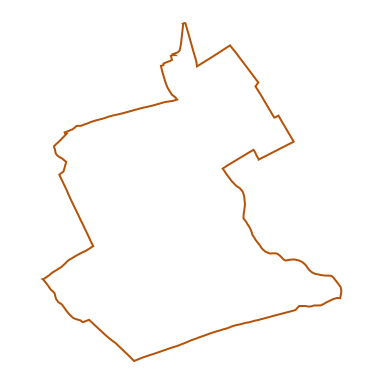 the district of Persinari, Dâmbovita, Romania
{"feature_id": "2599482B61743752666633", "entity_name": "Persinari", "entity_type": "district", "adm_level": 2, "iso_a3": "ROU", "parent_name": "Romania", "parent_adm1": "Dâmbovita", "projection": "equal_earth", "projection_center": [25.49, 44.799], "detail": "fine", "context": "isolated", "style": "outline", "palette": "amber", "viewbox_px": 384, "rotation_deg": 0, "n_neighbors": 0, "source": "geoboundaries", "source_scale": "gbopen_adm2", "svg_char_len": 4895}
<svg xmlns="http://www.w3.org/2000/svg" viewBox="0 0 384 384"><path d="M340.2,298.2L341.2,292.6L341.3,290.1L340.5,286.9L338.1,283.6L336.1,281.0L334.8,279.4L333.2,277.3L331.4,275.9L329.0,275.6L327.0,275.6L325.2,275.6L320.5,275.0L318.0,274.3L315.8,274.1L313.6,273.2L312.2,272.5L309.2,270.0L307.8,268.0L305.4,264.7L302.2,262.0L298.7,260.4L294.2,259.4L289.6,259.8L287.6,260.1L285.9,260.6L284.6,260.1L283.4,259.3L281.4,257.1L279.7,255.5L278.0,254.2L276.3,253.4L273.3,253.3L269.8,253.5L265.5,251.7L263.6,250.1L262.0,248.6L260.9,247.0L260.0,245.5L259.0,244.3L257.6,242.5L255.6,239.9L254.2,237.5L252.4,234.8L251.8,232.8L251.1,230.5L250.2,228.6L248.7,225.9L247.5,224.3L246.7,222.6L245.7,221.2L243.5,218.5L243.6,214.5L244.3,210.0L245.0,204.2L244.7,201.8L244.4,198.3L243.7,194.6L242.6,191.5L239.7,188.1L236.9,186.3L235.3,184.9L233.7,183.2L231.5,180.9L226.1,173.6L224.7,171.4L222.7,168.6L227.2,165.6L244.9,154.9L253.5,149.8L255.1,152.3L255.9,154.0L256.2,155.0L257.8,157.6L258.5,158.9L258.6,159.1L258.8,159.3L258.8,159.5L261.5,158.1L265.9,155.9L270.2,153.7L272.1,152.7L276.1,150.7L282.5,147.4L285.1,146.1L287.2,145.0L287.8,144.7L293.4,141.9L293.7,141.7L283.5,124.3L278.4,115.6L275.4,117.3L274.3,117.6L273.0,115.6L261.4,95.9L255.5,86.4L258.3,82.5L245.9,66.0L241.8,60.6L235.9,52.7L230.0,45.4L218.3,53.0L213.3,56.2L197.0,66.4L196.4,62.1L196.1,60.7L193.5,51.8L192.4,47.9L190.7,41.9L188.9,35.3L187.8,31.7L186.8,28.2L185.8,24.5L185.4,23.3L184.8,23.0L184.0,23.2L182.9,23.7L183.2,24.0L182.6,29.3L181.4,40.2L180.9,44.4L180.1,48.3L179.6,50.6L177.8,52.3L173.1,54.1L174.7,55.1L172.8,55.1L170.9,55.8L171.7,58.9L171.9,60.0L170.0,61.0L166.6,62.2L163.5,63.6L163.4,65.2L160.9,65.8L162.3,71.7L165.2,81.5L166.8,86.0L167.8,88.1L171.7,94.5L175.3,97.3L177.1,99.6L173.2,100.8L168.7,101.5L166.0,101.9L164.7,102.1L162.0,102.9L158.6,103.9L155.0,104.9L152.5,105.6L149.0,106.4L146.5,107.0L144.4,107.4L142.7,107.8L135.6,109.7L132.1,110.7L122.6,113.3L118.4,114.3L114.3,115.2L109.1,116.5L105.9,117.6L102.9,118.6L96.0,120.4L91.1,121.9L87.0,123.6L83.9,124.6L82.2,125.4L80.6,125.8L77.2,125.9L76.7,126.0L76.2,126.3L74.2,128.0L72.3,129.5L72.0,129.6L70.9,129.8L69.7,130.5L68.6,131.0L67.6,131.3L65.9,132.0L65.4,132.2L64.7,132.4L64.8,132.6L65.0,133.3L66.7,133.6L64.9,135.5L64.7,135.7L61.8,138.7L57.9,142.6L56.4,143.9L54.7,145.5L54.0,146.3L54.3,148.0L55.0,149.7L55.4,152.1L55.7,153.1L56.6,154.7L57.6,155.7L59.1,156.9L62.0,158.4L66.2,161.9L65.8,163.4L65.3,165.1L64.4,168.4L63.9,170.1L63.5,171.3L62.9,171.9L62.2,172.4L60.9,173.4L59.3,174.8L66.9,190.6L68.2,194.0L68.4,194.3L70.6,199.1L73.5,205.2L75.1,208.5L76.7,211.7L77.8,214.0L79.6,217.8L80.6,220.0L81.3,221.4L82.1,222.9L82.2,223.2L83.1,224.9L83.7,226.3L86.0,231.1L86.5,232.1L87.7,234.6L88.0,235.3L89.0,237.4L90.0,239.6L91.4,242.7L93.2,246.1L91.5,247.2L89.7,248.4L86.8,250.2L85.3,251.1L84.4,251.5L83.8,251.7L83.4,251.8L83.1,252.0L82.5,252.3L79.8,253.7L77.9,254.7L76.3,255.6L74.8,256.5L73.6,257.2L71.5,258.5L69.5,259.6L67.7,260.9L66.6,261.9L65.8,262.9L64.0,264.6L62.7,265.7L61.8,266.6L60.9,267.3L60.2,267.8L57.4,269.5L56.2,270.3L55.2,270.8L54.4,271.3L53.1,272.1L52.1,272.8L51.4,273.3L50.6,274.0L50.0,274.6L49.1,275.3L48.1,276.0L46.6,277.0L44.3,278.6L43.8,278.9L42.7,279.2L43.5,279.8L46.4,283.5L47.1,284.4L47.6,285.1L48.1,285.7L48.6,286.3L48.9,287.0L49.4,287.7L49.9,288.3L50.7,289.5L52.0,290.7L52.7,291.3L53.7,292.2L54.3,292.8L54.6,293.5L54.8,294.2L55.2,295.6L55.5,297.1L55.7,297.9L56.0,298.6L56.2,299.1L56.9,300.2L57.6,301.0L58.1,301.9L58.5,302.3L59.0,302.6L59.7,303.1L60.2,303.4L60.7,303.6L61.3,304.0L61.7,304.3L62.1,304.7L62.5,305.2L62.7,305.6L63.1,306.2L63.9,307.2L64.7,308.3L65.0,308.7L65.2,309.0L65.4,309.3L65.5,309.4L65.7,309.8L66.0,310.2L66.4,310.8L69.6,314.6L72.5,317.4L74.0,318.4L77.6,319.6L80.8,320.5L81.5,321.3L82.9,322.2L89.0,319.8L90.2,320.9L94.8,325.2L97.4,327.6L102.2,332.0L104.2,333.9L108.6,337.8L112.6,340.9L115.8,343.3L117.2,344.6L120.3,347.6L123.3,350.5L127.9,354.8L132.9,359.8L134.0,361.0L142.4,357.6L148.9,355.4L149.3,355.3L154.5,353.6L160.1,351.7L166.1,349.6L169.5,348.4L172.5,347.4L176.1,346.3L177.8,345.7L178.5,345.5L182.4,343.9L185.2,342.9L189.4,341.0L191.7,340.1L195.7,338.7L200.4,336.9L203.8,335.8L205.0,335.3L205.2,335.2L207.6,334.4L209.6,333.6L213.0,332.5L215.6,331.7L215.8,331.6L218.9,330.7L220.4,330.3L221.9,329.8L223.8,329.2L225.7,328.8L227.4,328.2L230.7,326.9L232.6,326.1L235.4,325.3L236.4,325.1L239.1,324.6L245.8,322.8L246.3,322.7L246.9,322.7L247.5,322.6L248.5,322.4L250.1,322.0L251.6,321.6L253.3,321.1L254.8,320.7L256.8,320.3L258.5,319.9L260.0,319.5L260.9,319.2L261.9,319.0L264.3,318.4L267.8,317.4L269.5,317.0L271.8,316.3L274.7,315.5L276.5,315.1L280.6,314.0L283.5,313.2L287.1,312.3L290.9,311.3L293.1,310.7L294.9,310.2L295.8,309.7L297.0,308.4L298.4,306.8L299.1,306.0L305.2,306.0L308.1,306.5L309.7,306.5L311.5,306.3L314.0,305.5L320.6,305.4L323.9,303.9L326.8,302.1L331.6,299.9L332.8,299.2L336.9,298.0L340.2,298.2Z" fill="none" stroke="#b45309" stroke-width="2"/></svg>